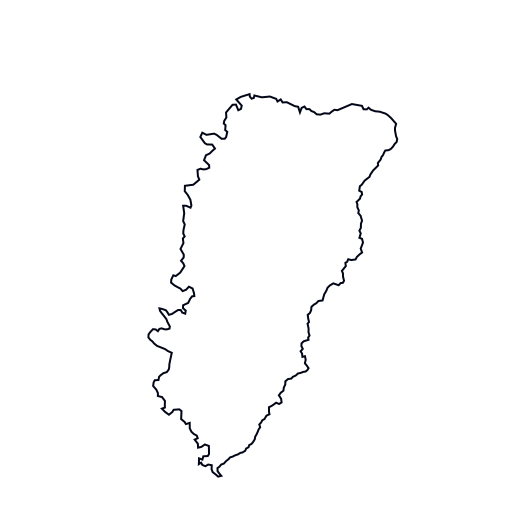 São Pedro do Sul, Rio Grande do Sul, Brazil, rotated 312°
{"feature_id": "56859067B93092116954430", "entity_name": "São Pedro do Sul", "entity_type": "district", "adm_level": 2, "iso_a3": "BRA", "parent_name": "Brazil", "parent_adm1": "Rio Grande do Sul", "projection": "mercator", "projection_center": [-54.269, -29.603], "detail": "fine", "context": "isolated", "style": "outline", "palette": "ink", "viewbox_px": 512, "rotation_deg": 312, "n_neighbors": 0, "source": "geoboundaries", "source_scale": "gbopen_adm2", "svg_char_len": 4544}
<svg xmlns="http://www.w3.org/2000/svg" viewBox="0 0 512 512"><g transform="rotate(312 256 256)"><path d="M207.8,370.1L208.5,367.3L209.0,364.1L212.1,362.4L214.3,359.4L212.1,358.0L214.3,355.5L215.1,352.9L218.3,352.9L219.4,350.0L221.6,348.3L224.5,348.5L228.9,351.1L230.3,349.3L232.7,349.0L234.5,346.0L237.0,343.9L238.8,341.6L240.2,339.6L242.4,339.6L244.4,336.7L246.9,333.8L249.7,334.2L252.5,333.3L255.4,331.2L258.7,331.6L261.2,332.4L264.3,332.5L267.5,335.2L273.3,332.3L275.7,331.9L278.2,331.2L280.2,330.4L283.6,330.6L287.4,331.8L289.6,337.0L292.5,337.0L294.2,338.5L296.5,338.0L298.8,334.6L301.3,332.2L302.4,329.8L308.6,329.5L310.7,327.0L312.7,327.6L315.3,326.7L316.8,329.6L320.1,332.3L322.8,331.6L326.6,331.9L329.6,332.5L331.6,328.8L334.4,327.8L337.6,326.5L339.7,323.3L338.7,320.7L342.9,318.7L344.0,315.9L347.1,315.1L350.2,312.4L353.2,311.2L354.4,309.2L355.9,306.8L356.3,303.3L358.6,302.0L360.1,298.6L362.3,296.7L363.4,294.6L368.3,294.9L370.2,293.8L372.7,293.7L374.3,291.7L373.6,289.0L377.4,286.5L379.7,286.9L384.7,286.3L390.8,287.4L393.0,286.5L397.9,285.8L405.0,286.2L406.7,284.3L411.0,284.1L413.6,283.0L415.9,282.9L418.6,282.0L420.9,281.5L423.5,283.8L426.0,284.6L429.2,284.6L431.9,284.1L434.9,284.2L437.4,282.7L438.7,280.0L442.3,275.3L444.3,273.5L448.0,271.7L448.9,264.1L448.9,259.2L448.4,256.7L447.3,254.3L446.1,251.5L443.3,247.7L441.6,243.6L441.5,240.4L439.1,240.2L437.0,237.7L438.5,234.3L433.1,225.6L418.9,219.0L417.1,216.4L413.6,215.6L410.9,215.3L407.7,211.2L404.2,209.3L401.9,206.3L401.8,202.8L400.8,200.2L400.9,197.4L398.9,195.2L399.5,192.0L396.6,190.8L392.1,192.6L393.6,190.0L395.1,187.5L393.3,184.5L390.9,176.0L387.9,173.0L388.9,169.6L385.2,168.6L386.3,165.9L383.8,159.6L381.6,157.6L377.8,154.1L374.2,147.4L372.0,148.6L370.0,147.5L370.3,144.8L372.0,142.9L364.0,138.2L359.1,136.6L358.2,144.8L355.2,146.4L352.5,145.3L355.1,139.8L352.7,137.4L342.6,137.7L339.1,141.3L335.1,142.0L332.9,143.4L332.8,145.9L329.0,148.8L329.0,151.6L324.4,154.2L322.2,154.3L320.1,152.0L319.7,145.8L318.9,143.0L312.9,138.1L311.7,133.6L307.2,135.0L305.6,142.5L306.1,144.9L309.5,148.9L308.4,153.6L304.8,153.2L301.2,153.0L297.4,151.4L292.4,153.3L292.2,160.3L290.3,162.2L287.1,160.8L285.0,158.8L283.8,156.4L280.8,154.9L276.4,159.5L274.8,162.8L267.0,161.7L260.6,156.2L256.5,159.7L255.7,164.4L253.9,169.6L250.3,174.2L248.1,175.0L246.6,170.5L244.6,168.2L239.8,174.0L233.2,178.5L231.8,181.9L226.8,184.7L224.1,186.8L222.8,189.9L220.1,189.9L217.1,193.4L210.7,195.2L208.7,201.4L206.6,203.2L202.3,203.5L201.9,206.9L200.6,209.6L192.9,210.8L187.4,209.8L186.3,207.5L181.8,208.8L179.4,210.7L179.6,215.1L180.4,218.6L181.2,221.7L180.8,225.0L184.1,226.6L188.3,226.7L189.4,230.6L186.9,234.8L184.9,237.0L183.3,235.5L180.2,235.7L175.8,237.0L170.6,234.8L168.4,236.6L168.4,240.3L165.8,242.0L164.6,239.1L165.5,236.3L163.8,234.3L160.9,233.4L156.6,232.3L154.0,230.6L154.8,228.1L155.4,225.4L153.9,221.8L152.5,219.3L151.0,221.4L150.5,223.8L149.7,228.6L149.1,231.7L147.7,234.3L146.0,239.1L144.2,240.3L142.3,239.2L140.6,237.6L139.0,234.2L137.2,233.0L134.5,233.4L134.3,230.6L132.7,228.4L129.1,228.3L125.9,228.6L123.5,230.5L123.0,233.6L123.2,236.3L122.8,238.7L123.0,242.7L124.0,245.3L126.0,250.8L126.4,254.1L127.7,258.2L125.2,259.6L121.7,261.6L117.5,264.1L115.6,265.7L113.4,267.1L110.0,267.4L107.0,265.6L103.6,264.9L101.4,264.8L98.6,266.5L95.9,263.9L93.6,264.5L90.6,266.5L90.0,271.2L88.6,274.7L86.3,276.8L88.3,280.6L87.3,285.4L84.4,287.8L82.4,289.7L79.6,288.2L79.3,292.7L79.8,297.5L84.1,298.2L86.6,297.7L90.7,301.6L90.9,304.4L84.7,309.5L84.9,314.0L84.2,316.4L87.6,318.4L83.6,322.1L82.2,325.5L82.1,328.8L82.9,332.2L81.6,334.6L78.5,333.3L77.6,338.4L74.8,341.2L77.7,343.2L81.7,344.1L83.3,348.1L77.4,353.6L75.1,354.0L71.9,350.9L68.8,352.4L67.5,349.1L63.1,352.8L65.7,353.5L64.8,356.0L66.0,359.1L69.0,360.0L70.9,363.1L67.8,365.7L66.4,368.4L66.7,372.4L66.7,375.5L69.4,377.3L69.7,374.8L70.4,371.4L72.6,369.3L74.9,369.8L77.8,369.7L80.2,371.0L83.5,371.0L86.5,371.5L89.0,371.5L91.5,373.0L93.8,373.8L96.6,375.4L99.2,376.1L101.1,377.5L104.2,378.3L106.2,377.5L108.9,378.4L111.0,377.5L113.3,378.4L115.8,378.3L119.0,377.7L121.2,376.3L123.7,375.8L126.5,374.9L128.9,374.0L131.5,373.7L133.0,371.2L135.8,371.2L138.1,370.6L140.5,371.4L144.3,370.6L147.4,371.9L148.8,370.0L150.5,368.5L152.3,366.8L154.7,367.8L157.3,368.5L160.4,369.1L161.5,372.2L164.3,373.0L166.7,370.2L167.8,366.2L171.0,365.9L174.2,366.5L176.9,364.7L180.2,363.7L182.4,361.7L185.9,362.1L188.6,364.3L190.8,364.2L193.7,365.5L196.8,365.8L199.0,367.4L201.4,368.6L203.4,370.2L205.7,370.5L207.8,370.1Z" fill="none" stroke="#020617" stroke-width="2"/></g></svg>